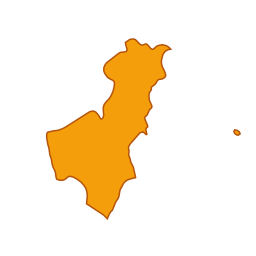 outline of Bình Thuận, rotated 324°
{"feature_id": "VNM-496", "entity_name": "Bình Thuận", "entity_type": "Province", "adm_level": 1, "iso_a3": "VNM", "parent_name": "Vietnam", "parent_adm1": "", "projection": "natural_earth1", "projection_center": [108.248, 11.033], "detail": "fine", "context": "isolated", "style": "filled", "palette": "amber", "viewbox_px": 256, "rotation_deg": 324, "n_neighbors": 0, "source": "natural_earth", "source_scale": "10m", "svg_char_len": 2226}
<svg xmlns="http://www.w3.org/2000/svg" viewBox="0 0 256 256"><g transform="rotate(324 128 128)"><path d="M208.9,89.4L207.0,88.4L205.2,88.0L203.2,87.9L201.1,88.4L199.2,89.3L195.4,92.4L193.9,94.0L192.9,95.7L191.9,98.1L190.6,104.9L189.7,107.2L188.7,108.3L187.3,108.6L185.4,108.6L184.2,108.3L181.8,107.0L180.3,106.8L179.2,107.1L176.9,108.2L175.6,108.6L171.3,108.6L170.7,109.0L169.3,110.8L166.0,112.0L164.1,114.0L162.5,116.4L161.5,118.5L160.4,123.9L159.3,125.4L156.4,125.9L155.5,126.2L151.4,128.6L150.2,128.9L148.3,129.0L147.5,129.4L146.8,131.2L145.3,137.3L144.7,138.6L142.5,138.9L141.4,139.9L139.6,144.1L138.9,144.1L137.9,140.0L134.9,138.9L120.7,142.1L117.4,143.4L116.1,145.5L115.5,146.9L112.8,150.1L112.2,151.9L111.8,153.5L110.2,157.3L109.3,162.8L105.1,172.5L104.3,172.5L103.0,171.7L98.0,170.0L96.0,169.6L93.6,169.8L91.8,170.2L85.1,173.5L80.3,178.1L78.7,179.1L74.5,180.7L67.1,185.3L64.6,185.7L61.9,186.8L57.9,189.3L57.1,183.9L49.9,165.0L55.2,158.9L56.9,156.1L58.4,152.3L58.6,148.3L58.2,144.2L57.0,140.4L56.0,137.8L54.6,135.2L53.2,133.5L51.6,132.4L49.8,132.3L47.8,132.5L45.4,132.3L43.5,131.3L41.4,129.4L40.2,127.4L40.9,125.5L42.7,122.1L43.7,119.8L44.2,116.2L45.4,112.6L47.7,108.1L48.8,104.4L49.4,103.0L52.0,98.2L53.6,93.9L56.1,88.8L57.3,86.9L58.4,85.5L59.2,84.8L59.7,84.5L60.6,84.2L66.0,86.5L70.0,88.7L74.0,89.9L77.4,90.5L106.4,92.3L108.9,93.2L110.5,94.6L111.3,96.3L111.5,98.0L111.6,100.0L111.5,102.5L111.3,103.5L111.3,104.3L111.8,105.1L112.8,105.3L114.2,104.8L115.9,103.3L118.8,98.6L120.3,96.6L122.7,94.9L125.6,94.0L130.4,93.1L133.9,91.6L137.4,89.5L140.2,87.2L142.4,85.0L143.7,83.3L144.0,81.9L143.7,80.5L142.0,77.1L141.3,75.0L141.2,72.6L141.3,70.2L141.8,68.1L142.7,66.5L144.3,64.7L147.1,63.2L149.5,62.6L164.0,62.1L166.5,62.4L169.8,64.4L171.6,65.1L172.9,64.5L173.8,63.0L175.2,59.1L176.2,57.3L181.5,57.4L183.3,58.3L185.0,59.4L185.9,60.9L186.3,62.5L186.7,66.2L187.1,67.6L187.8,68.9L188.9,69.6L191.8,70.4L192.5,71.3L192.8,72.7L193.1,76.5L193.5,78.1L194.3,78.9L195.5,79.1L199.1,78.7L201.4,79.2L204.5,80.7L206.6,82.9L208.1,85.5L208.6,87.4L208.9,89.3L208.9,89.4ZM213.1,192.2L215.0,194.1L215.8,196.8L215.2,198.7L212.9,198.6L211.7,197.2L211.2,195.1L211.6,193.1L213.1,192.2Z" fill="#f59e0b" stroke="#b45309" stroke-width="1.5"/></g></svg>